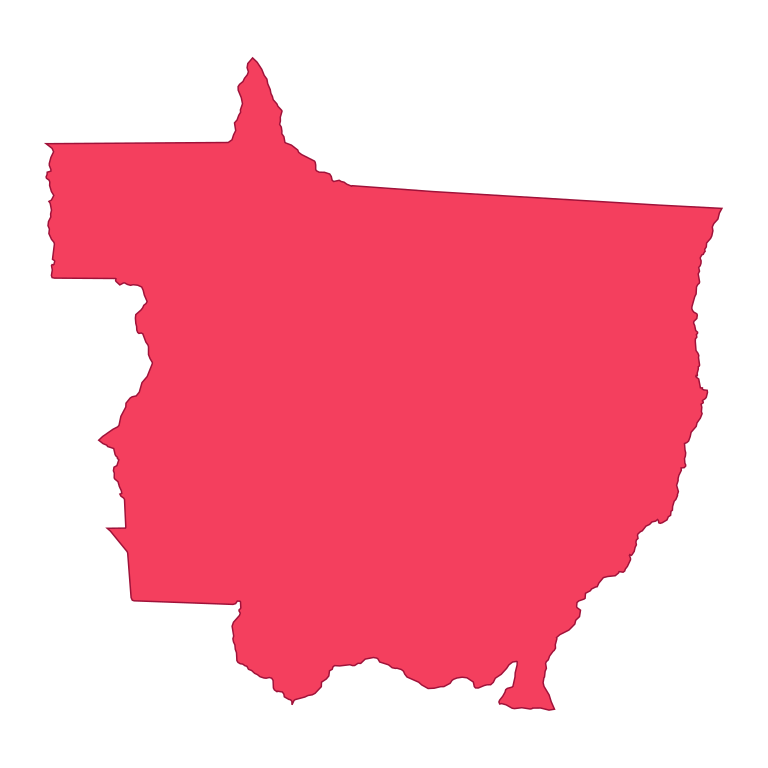 map outline of Mato Grosso (Mercator projection)
{"feature_id": "BRA-602", "entity_name": "Mato Grosso", "entity_type": "State", "adm_level": 1, "iso_a3": "BRA", "parent_name": "Brazil", "parent_adm1": "", "projection": "mercator", "projection_center": [-55.436, -12.685], "detail": "fine", "context": "isolated", "style": "filled", "palette": "rose", "viewbox_px": 768, "rotation_deg": 0, "n_neighbors": 0, "source": "natural_earth", "source_scale": "10m", "svg_char_len": 6069}
<svg xmlns="http://www.w3.org/2000/svg" viewBox="0 0 768 768"><path d="M233.0,604.4L134.1,600.8L132.3,600.2L131.1,597.6L127.7,553.2L127.2,551.7L110.4,531.1L107.2,528.3L125.5,528.1L125.8,527.3L124.5,499.5L123.7,498.1L120.9,496.1L119.9,494.1L121.7,493.5L121.4,490.9L119.4,486.6L118.0,481.7L114.8,479.0L114.2,477.9L114.3,473.0L113.4,470.8L114.0,467.2L116.9,465.6L118.8,459.8L117.4,458.4L117.5,457.4L115.8,455.8L115.1,454.5L113.7,448.5L107.6,446.5L106.8,445.2L103.0,443.6L98.7,440.2L102.6,436.5L112.9,429.3L117.6,426.9L119.0,425.4L120.9,416.3L125.8,407.0L126.0,403.2L130.2,398.0L132.1,396.8L136.2,395.9L139.3,392.1L142.0,382.6L147.2,376.5L152.3,363.7L152.3,362.4L150.1,358.7L148.5,354.6L148.5,346.8L148.0,345.1L145.9,342.1L142.8,333.8L141.3,333.0L138.9,333.4L137.7,332.4L136.8,330.1L136.6,326.4L135.8,323.4L135.4,318.1L135.8,314.6L141.0,310.0L142.7,307.8L143.8,305.3L146.1,303.5L147.1,301.5L144.3,295.0L143.2,290.3L141.7,287.0L137.7,285.2L133.1,284.7L130.5,285.3L127.3,284.4L124.6,282.9L123.4,283.0L119.8,284.9L116.1,281.5L115.6,280.7L116.0,278.8L115.6,278.5L54.5,278.1L52.1,277.6L51.4,275.4L52.3,270.0L51.5,265.6L52.1,264.6L53.4,264.8L53.9,264.4L54.7,261.3L54.5,260.6L52.5,259.3L54.4,244.1L54.0,242.4L51.5,239.3L48.9,233.6L49.4,229.0L48.0,225.7L48.5,221.5L50.8,217.0L50.6,214.0L51.5,210.2L50.2,203.3L48.9,201.4L51.4,200.1L53.8,195.4L51.4,191.5L49.6,185.4L49.8,182.1L49.4,180.9L49.0,180.1L46.5,178.3L46.1,176.9L47.1,174.4L47.2,172.2L50.9,171.1L50.9,169.5L49.3,165.4L49.3,163.4L50.9,157.4L53.6,151.8L52.1,148.4L46.1,143.7L228.2,142.5L232.0,139.8L233.6,134.8L235.7,130.6L234.5,122.9L237.1,119.9L238.8,115.2L240.6,112.3L240.4,109.9L242.5,103.8L241.3,97.7L238.2,90.2L238.1,86.6L239.6,84.3L243.0,81.5L244.5,78.3L247.3,74.8L248.4,71.8L247.1,67.7L247.8,63.5L252.6,57.9L257.1,62.2L261.8,69.4L264.2,75.4L266.9,79.1L267.7,83.7L270.2,89.5L270.9,93.4L272.4,96.5L273.2,99.7L276.9,103.9L277.9,106.3L281.8,110.5L282.0,111.3L280.3,117.2L280.4,121.1L279.6,124.3L281.3,127.1L281.9,131.1L281.8,133.7L283.9,136.7L284.9,142.3L285.6,142.9L291.4,145.1L297.7,150.0L298.7,152.4L301.7,154.6L314.5,161.1L315.2,162.3L315.7,165.0L315.7,169.5L316.5,170.8L319.2,172.2L324.5,172.3L329.7,174.0L331.3,176.5L332.1,180.2L333.7,181.5L339.2,180.3L341.2,181.5L344.1,182.2L346.8,184.2L351.7,186.2L352.0,185.7L433.4,191.6L658.8,205.1L721.9,208.4L719.4,213.0L717.9,219.1L713.9,223.5L712.7,226.0L712.3,227.1L712.9,230.8L711.8,235.9L710.6,238.4L706.6,243.0L706.3,246.9L704.7,249.4L705.1,251.5L704.3,252.2L703.3,254.3L701.9,254.8L700.3,257.5L700.3,258.7L701.1,260.8L701.0,263.3L700.2,265.7L698.7,267.5L699.5,271.2L698.2,273.9L699.6,282.0L699.2,283.3L697.8,284.5L696.5,286.9L696.1,294.0L694.7,296.8L691.9,306.8L691.8,308.6L692.5,310.4L693.8,312.1L696.8,313.8L697.3,315.1L696.8,318.5L693.9,321.4L693.6,323.0L694.7,325.6L695.7,330.5L697.6,332.2L697.5,333.4L696.4,334.5L696.8,337.2L695.4,338.9L695.3,341.4L696.0,350.5L697.9,353.2L698.8,355.4L698.5,357.6L699.6,365.1L699.3,366.0L698.3,366.7L698.3,369.2L697.2,373.1L697.4,375.3L697.1,375.8L696.2,375.4L695.8,376.3L696.4,377.3L698.7,379.0L700.4,387.8L702.4,387.9L702.3,389.1L703.8,389.9L707.2,390.3L707.5,392.4L706.3,397.2L705.4,398.5L702.7,400.4L702.4,400.9L703.2,401.9L703.2,402.8L701.1,404.2L701.8,407.2L701.4,411.6L702.1,413.7L700.3,418.2L697.0,422.9L696.2,426.4L691.1,432.3L690.2,436.6L688.6,441.0L686.8,442.6L684.5,443.5L685.0,450.0L685.7,452.8L685.4,456.0L684.5,458.6L684.9,463.3L685.6,464.6L685.7,466.0L684.3,467.6L681.1,468.0L681.3,470.4L678.9,475.3L678.1,478.4L678.1,480.7L676.6,485.3L678.4,491.6L677.3,494.9L677.5,495.6L675.9,499.4L674.2,501.2L672.6,506.5L672.4,510.2L671.0,511.3L670.6,515.3L668.3,516.8L667.0,519.9L662.3,522.7L660.2,523.3L658.8,522.8L658.3,520.4L657.5,519.5L655.7,521.1L652.0,521.9L649.6,524.4L646.0,526.1L642.3,530.8L640.4,531.7L638.0,533.9L637.5,535.1L638.0,538.5L636.4,540.0L635.9,542.1L636.4,544.8L635.1,547.4L634.2,551.4L632.0,554.8L631.2,555.4L629.8,554.6L629.4,555.4L630.5,558.2L630.5,559.8L627.4,566.4L625.3,569.1L624.7,571.0L623.1,572.2L619.1,571.6L618.6,572.9L615.3,575.7L607.7,576.5L603.4,577.6L598.9,583.0L597.2,586.7L595.6,587.0L591.5,589.0L590.4,590.7L585.5,593.3L585.1,598.3L584.0,599.1L578.8,600.9L577.0,602.5L576.6,606.3L576.9,607.5L580.5,610.2L579.5,616.6L575.7,620.3L574.8,624.1L569.0,630.0L559.9,634.6L556.5,637.6L556.9,638.7L555.3,644.7L555.5,648.2L554.2,650.4L553.0,651.4L549.6,656.0L548.3,659.8L546.3,661.7L545.6,663.4L546.4,668.4L545.1,671.3L544.5,677.0L543.9,677.8L543.1,682.7L544.0,686.4L549.1,694.9L551.2,701.7L554.5,709.2L549.0,710.1L540.6,708.0L532.6,708.1L531.9,708.7L530.2,709.0L521.8,707.7L514.4,708.6L512.1,708.2L506.1,704.8L501.7,703.6L499.7,704.0L498.9,702.0L499.6,700.2L502.7,696.3L505.0,692.2L505.7,689.7L507.3,688.4L512.0,687.1L512.9,686.4L515.0,677.0L515.2,672.8L517.1,665.0L517.2,661.8L516.7,661.4L512.6,662.0L508.9,664.9L506.6,668.4L501.2,674.3L495.3,678.2L493.3,682.3L490.7,684.7L487.0,684.8L484.3,685.5L478.3,688.0L475.5,687.9L474.3,686.6L473.3,682.0L467.0,677.8L462.2,677.2L456.9,678.0L453.6,679.3L452.0,680.4L450.1,683.3L443.9,686.6L440.4,686.7L434.3,688.2L428.1,688.5L421.7,684.9L418.7,682.2L407.0,677.0L404.7,674.0L403.5,671.2L401.3,669.5L396.9,668.2L395.5,668.4L392.1,667.7L388.5,664.8L379.7,662.0L378.0,659.0L376.8,658.1L373.4,657.5L365.2,659.1L360.7,663.4L358.0,663.3L354.7,665.5L352.6,665.6L349.9,664.7L339.8,665.9L334.5,665.6L332.9,667.0L332.2,669.3L329.5,670.8L328.8,676.0L326.3,679.0L321.5,682.2L321.3,686.7L315.1,693.3L312.2,694.8L308.0,695.5L304.9,697.0L295.2,699.6L294.0,700.5L292.0,704.8L291.9,701.4L290.6,699.8L288.8,699.4L284.3,696.8L283.9,694.2L282.4,692.0L277.6,691.2L277.0,691.7L274.4,689.9L273.4,688.0L273.1,680.4L271.7,678.2L269.3,677.5L266.2,678.2L264.0,678.0L260.0,676.7L257.4,674.6L254.6,673.3L251.6,670.5L248.5,669.3L246.9,666.3L244.9,665.7L242.7,664.1L240.2,663.7L238.0,662.4L236.9,660.6L236.5,652.7L235.3,649.3L234.9,644.9L233.5,641.9L232.9,638.8L233.7,636.0L232.1,626.2L233.5,622.2L239.5,615.4L240.3,613.1L239.0,610.9L239.1,609.8L240.5,608.6L240.8,607.8L240.5,601.8L239.9,601.2L237.3,601.1L235.6,603.6L233.0,604.4Z" fill="#f43f5e" stroke="#9f1239" stroke-width="1.5"/></svg>